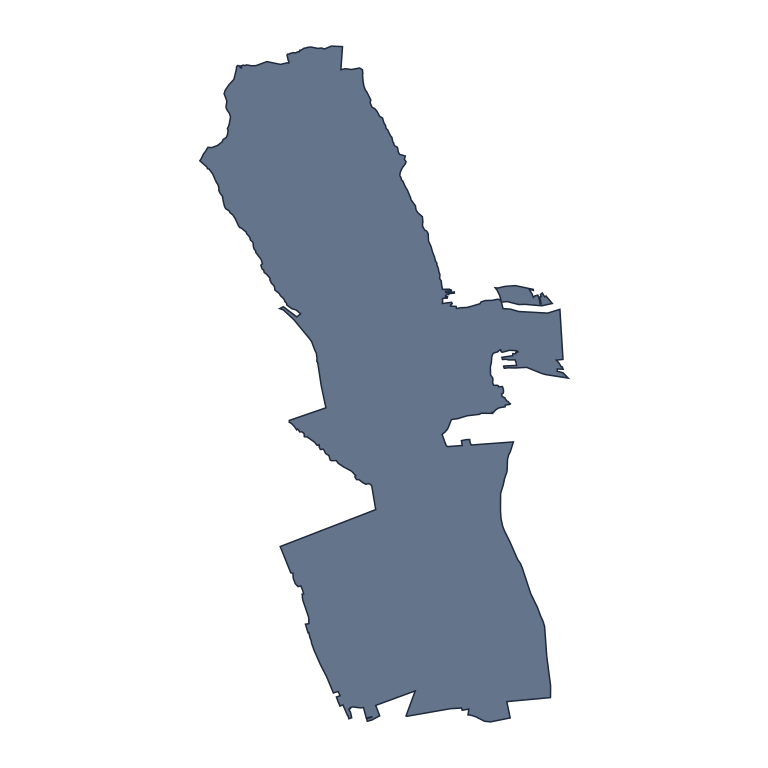 Buciumeni, Galati, Romania (Mercator projection)
{"feature_id": "2599482B94255718808377", "entity_name": "Buciumeni", "entity_type": "district", "adm_level": 2, "iso_a3": "ROU", "parent_name": "Romania", "parent_adm1": "Galati", "projection": "mercator", "projection_center": [27.317, 46.006], "detail": "fine", "context": "isolated", "style": "filled", "palette": "slate", "viewbox_px": 768, "rotation_deg": 0, "n_neighbors": 0, "source": "geoboundaries", "source_scale": "gbopen_adm2", "svg_char_len": 6066}
<svg xmlns="http://www.w3.org/2000/svg" viewBox="0 0 768 768"><path d="M563.0,359.4L559.9,309.3L547.7,313.1L518.7,311.5L510.4,309.1L503.0,308.6L501.4,302.1L507.3,301.6L518.5,304.5L525.5,304.4L541.9,305.8L552.3,303.5L546.0,296.0L544.6,296.8L542.3,293.0L540.5,294.4L541.2,296.6L539.8,297.0L541.1,304.0L540.2,304.0L538.9,297.5L537.8,295.1L534.5,296.1L533.3,297.4L532.0,293.7L529.1,289.3L533.4,290.4L533.3,289.4L515.4,285.6L504.8,286.4L498.1,288.0L495.2,287.8L497.0,290.1L499.7,295.5L501.0,300.5L500.5,300.7L499.7,299.6L497.7,299.2L491.9,300.4L485.4,300.5L481.1,301.9L480.0,303.7L471.4,306.3L466.7,307.5L461.0,307.7L456.8,308.4L456.5,308.4L456.1,306.4L450.5,306.1L450.4,305.4L452.2,303.6L451.6,302.3L442.3,303.5L442.7,300.8L442.4,298.9L443.0,298.4L447.3,298.1L447.5,296.7L445.6,296.8L445.4,295.8L447.1,294.6L448.6,294.6L448.5,293.7L454.4,293.1L454.3,291.9L446.1,292.8L445.5,291.2L451.3,290.7L451.4,290.4L450.9,290.4L450.8,289.7L449.7,289.8L449.5,289.2L442.5,289.3L441.6,284.6L441.3,281.1L439.7,278.6L439.9,274.3L439.0,272.3L438.3,268.4L436.7,264.4L436.9,263.2L435.4,260.8L434.5,257.0L432.5,251.9L431.1,246.7L428.5,241.0L428.2,233.8L427.5,232.3L426.2,230.8L424.6,230.0L422.6,226.2L422.5,223.8L422.9,222.3L422.4,216.7L417.9,212.8L416.0,209.7L415.4,205.7L410.9,199.6L410.7,198.0L407.4,190.1L405.4,186.9L402.7,180.9L401.6,180.0L400.8,177.1L399.8,175.7L400.2,172.5L402.1,168.2L405.6,163.4L406.0,161.6L404.4,159.3L405.3,156.0L399.5,154.3L398.1,151.5L397.7,148.2L397.1,147.1L394.8,145.8L394.0,144.7L393.6,142.8L392.8,141.9L391.9,137.3L390.5,135.8L387.6,129.8L386.1,128.5L385.6,125.7L384.0,123.0L382.5,117.9L379.9,116.6L376.8,111.0L374.7,108.6L372.0,107.2L370.1,102.6L370.8,100.0L366.7,91.7L365.4,90.2L363.8,85.7L363.1,81.3L362.5,74.6L362.9,73.7L362.4,69.7L359.6,68.0L351.5,69.5L345.2,68.7L340.9,69.7L342.5,46.6L331.3,46.1L324.4,49.0L321.6,48.0L317.9,48.4L310.9,47.0L306.9,47.5L305.5,48.2L304.2,48.1L300.5,50.5L299.9,50.2L299.4,51.7L298.0,51.7L295.6,52.9L293.2,52.6L290.0,53.5L289.1,54.2L287.7,54.1L287.0,55.0L288.2,60.3L289.1,62.2L288.6,63.1L287.1,62.8L280.6,64.4L266.9,61.6L256.0,65.6L251.8,65.8L246.7,64.9L244.5,65.6L243.3,65.1L241.0,65.8L241.7,67.4L241.3,68.0L240.6,67.9L239.0,65.6L237.4,65.6L236.6,66.8L236.3,69.5L233.9,79.4L229.2,84.4L226.1,88.9L225.0,90.7L224.1,93.8L226.9,101.0L226.0,106.6L226.1,107.9L227.1,110.1L229.4,113.4L230.5,116.7L229.4,123.4L228.5,126.5L227.4,128.4L228.1,130.5L227.4,134.9L226.2,137.5L223.2,139.4L222.0,142.0L217.4,145.5L211.8,147.6L207.9,147.3L205.4,151.5L203.5,153.9L201.3,158.5L199.8,160.8L207.0,167.1L207.4,168.7L209.1,169.1L212.6,173.9L216.3,182.2L218.2,185.1L218.9,188.5L218.8,190.5L220.0,193.1L222.6,196.6L222.5,197.8L222.9,198.9L223.1,200.7L224.5,206.4L225.7,208.7L229.2,210.9L230.2,212.9L232.8,214.9L235.4,219.0L238.5,225.8L239.5,227.3L241.9,228.5L246.1,232.0L246.7,233.8L249.9,237.4L250.3,239.8L253.0,242.4L253.4,246.9L254.1,249.0L255.7,251.1L255.8,252.5L261.1,259.4L262.4,263.7L260.9,265.1L261.6,267.7L262.4,269.2L263.6,270.0L264.2,272.5L266.6,274.2L270.1,278.4L269.8,279.5L270.1,280.7L270.9,281.6L271.2,283.0L273.3,285.0L274.4,286.6L274.9,290.0L279.4,293.7L280.3,295.6L283.2,298.3L284.3,299.8L285.1,301.8L286.7,303.5L286.8,305.0L291.9,308.8L295.8,309.8L300.6,313.8L296.8,316.9L283.3,306.7L279.7,308.6L283.4,310.0L293.7,319.5L309.5,338.7L311.6,341.6L314.8,350.1L316.3,353.1L317.0,358.4L316.8,361.5L317.7,362.5L321.2,385.6L325.9,407.8L289.3,420.4L289.2,422.2L291.4,423.4L294.3,426.5L296.7,429.9L297.6,429.1L298.3,429.6L299.6,431.9L301.8,431.8L304.1,433.6L304.3,436.7L307.1,436.9L314.7,442.3L316.8,445.1L317.7,445.3L318.7,444.6L319.3,444.9L319.1,446.9L320.4,449.5L323.2,449.2L323.9,449.9L325.6,453.5L328.9,455.6L330.2,460.1L331.7,460.7L336.3,460.6L338.2,463.3L343.9,467.1L351.7,471.3L355.7,475.7L354.8,476.8L356.5,479.6L359.0,479.7L363.0,482.8L365.9,484.3L367.8,483.7L369.9,484.0L371.7,485.7L375.7,509.6L280.2,546.5L290.8,572.9L292.9,573.2L293.2,578.2L295.3,583.7L298.0,586.6L300.8,585.9L302.7,590.4L303.6,593.8L302.0,594.3L302.5,595.9L302.3,597.1L303.0,600.8L308.6,617.1L308.9,623.6L305.4,624.2L307.9,632.4L308.2,633.0L308.9,632.7L309.9,637.4L311.4,641.3L311.3,642.4L314.0,650.1L320.3,664.4L326.6,676.7L333.4,693.0L338.1,691.5L340.1,695.7L336.4,697.0L338.2,702.0L340.0,706.1L342.9,704.9L347.5,715.4L347.9,715.5L348.9,718.8L351.7,717.7L350.5,712.2L348.7,709.2L350.5,708.6L350.2,707.7L352.5,706.9L360.6,707.9L363.5,707.6L366.3,718.1L371.7,716.8L371.8,717.2L366.6,718.8L367.3,721.3L371.9,720.0L379.7,715.8L375.7,705.4L415.2,690.9L406.0,716.0L406.8,716.3L450.5,708.7L461.4,708.0L462.2,710.3L468.8,709.1L468.0,714.9L471.0,715.2L475.6,716.7L484.7,721.3L490.6,721.9L510.2,717.9L506.8,701.6L550.5,697.6L550.6,685.8L546.7,655.8L544.6,626.4L543.0,621.2L540.7,616.2L537.4,607.3L530.8,593.8L522.2,567.7L520.5,563.6L517.6,559.4L510.0,542.0L504.4,530.7L502.7,526.3L501.0,518.5L500.5,511.1L500.6,493.5L503.3,484.7L504.7,478.0L506.7,472.7L507.1,470.6L507.5,459.5L508.5,455.3L510.4,451.5L513.4,441.9L471.2,445.0L470.1,442.5L469.7,439.5L466.6,439.6L461.4,440.6L462.2,445.5L447.5,446.6L446.4,445.7L445.5,443.8L442.1,434.3L445.1,432.0L447.7,428.9L451.3,419.9L452.0,419.4L457.7,418.7L467.1,415.8L479.7,414.3L481.0,413.2L492.6,413.4L492.3,412.3L493.7,412.2L495.5,410.1L497.5,408.7L499.2,407.8L505.1,406.8L505.4,405.1L509.9,404.4L510.4,403.8L509.2,403.0L508.0,401.4L506.6,400.9L504.8,397.7L503.6,397.4L501.9,396.0L501.6,393.9L503.1,393.3L503.5,392.2L503.5,390.0L502.5,386.6L498.7,386.7L498.2,385.7L497.4,385.3L493.6,385.3L492.6,382.8L493.0,379.1L492.7,378.0L490.8,375.2L490.5,373.9L490.4,366.9L491.3,362.9L491.8,356.7L493.0,353.6L493.8,353.0L497.8,351.8L499.8,349.8L500.8,349.8L501.0,351.5L502.2,352.3L509.6,350.3L516.7,350.7L517.8,351.3L518.1,351.9L515.8,352.3L515.8,353.7L512.8,353.6L512.7,355.7L501.9,357.3L502.4,359.5L506.2,359.3L508.4,359.9L515.0,359.9L516.0,362.2L516.6,365.4L503.8,366.0L503.5,366.4L504.3,368.3L508.3,367.8L514.4,368.0L526.7,367.4L541.8,373.5L545.7,374.6L568.2,378.1L562.9,372.7L557.2,371.3L557.3,368.9L563.2,369.3L562.1,366.7L561.2,366.7L558.9,362.9L556.4,360.1L563.0,359.4Z" fill="#64748b" stroke="#1e293b" stroke-width="1.5"/></svg>